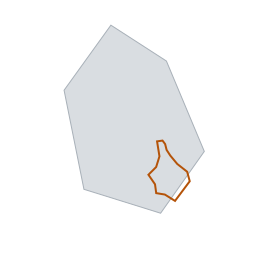 Fiorentino on a map of San Marino (orthographic projection), rotated 315°
{"feature_id": "SMR-4890", "entity_name": "Fiorentino", "entity_type": "state/province", "adm_level": 1, "iso_a3": "SMR", "parent_name": "San Marino", "parent_adm1": "", "projection": "orthographic", "projection_center": [12.455, 43.909], "detail": "fine", "context": "in_parent", "style": "outline", "palette": "amber", "viewbox_px": 256, "rotation_deg": 315, "n_neighbors": 0, "source": "natural_earth", "source_scale": "10m", "svg_char_len": 500}
<svg xmlns="http://www.w3.org/2000/svg" viewBox="0 0 256 256"><g transform="rotate(315 128 128)"><path d="M165.4,198.5L90.8,211.3L53.5,140.2L109.5,56.1L188.6,43.2L202.5,107.8L165.4,198.5Z" fill="#d9dde1" stroke="#a8b0b8" stroke-width="1"/><path d="M138.9,200.8L134.0,209.3L109.7,212.8L107.0,201.1L101.9,194.0L107.3,186.9L109.4,175.5L120.3,175.5L130.2,170.3L139.1,158.0L143.5,161.3L142.9,165.6L139.8,170.8L138.4,177.4L137.4,188.3L138.9,200.8Z" fill="none" stroke="#b45309" stroke-width="2"/></g></svg>